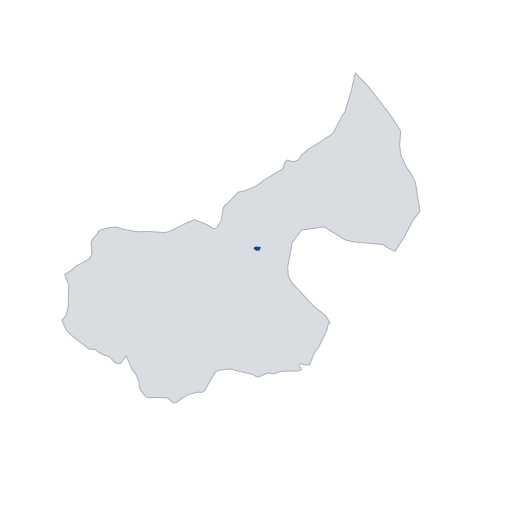 Ikšķile, Ikskiles, Latvia shown in context, rotated 141°
{"feature_id": "27541924B16568384003346", "entity_name": "Ikšķile", "entity_type": "district", "adm_level": 2, "iso_a3": "LVA", "parent_name": "Latvia", "parent_adm1": "Ikskiles", "projection": "mercator", "projection_center": [24.5, 56.833], "detail": "fine", "context": "in_parent", "style": "filled", "palette": "blue", "viewbox_px": 512, "rotation_deg": 141, "n_neighbors": 0, "source": "geoboundaries", "source_scale": "gbopen_adm2", "svg_char_len": 3018}
<svg xmlns="http://www.w3.org/2000/svg" viewBox="0 0 512 512"><g transform="rotate(141 256 256)"><path d="M363.2,374.4L360.4,373.9L352.8,370.9L346.3,366.4L342.4,360.5L335.7,352.4L331.4,348.2L324.5,343.0L312.9,332.3L308.8,329.8L288.3,325.1L280.9,323.0L274.1,310.8L271.9,303.8L268.6,302.5L264.9,304.0L260.9,305.4L251.7,313.7L248.7,314.9L243.0,315.0L229.7,316.8L223.6,313.8L213.0,310.5L207.3,310.0L202.2,310.0L179.7,306.8L175.6,310.3L171.5,311.0L167.4,305.5L162.4,303.9L156.9,305.8L146.9,306.0L134.9,304.3L119.7,302.9L117.5,303.5L100.6,310.8L96.5,311.9L78.2,324.2L63.7,335.6L62.0,317.3L62.9,280.4L65.0,262.0L75.1,251.2L80.1,242.8L83.0,231.6L83.9,221.1L86.0,212.5L100.5,187.5L112.1,184.8L127.7,177.9L145.1,172.1L148.5,179.5L150.2,185.1L171.2,205.5L176.5,212.3L184.7,235.7L204.1,247.5L219.4,243.7L226.1,238.0L238.3,227.5L243.8,219.7L244.9,212.2L242.7,180.1L239.4,166.0L240.6,157.3L242.7,157.7L247.9,153.5L265.0,145.6L268.4,145.2L272.4,143.6L283.1,137.6L286.6,140.8L289.5,144.4L291.1,144.5L291.9,143.1L291.6,140.8L292.4,139.1L295.5,140.1L308.0,149.9L312.8,152.2L316.1,152.9L320.0,157.5L330.6,160.5L332.0,162.9L332.8,165.9L342.7,178.3L347.2,184.5L356.1,190.2L359.9,191.6L375.4,185.8L379.7,183.7L383.3,183.7L386.9,186.8L395.2,190.8L402.8,192.1L404.1,191.9L410.5,192.3L412.7,193.9L414.2,201.7L421.4,207.9L428.1,213.0L429.9,215.4L430.4,219.9L429.9,225.3L429.1,228.0L426.3,231.2L423.9,239.2L423.5,246.8L419.6,259.9L420.5,260.1L428.6,257.7L430.9,259.1L432.7,262.0L433.3,270.2L435.9,273.8L438.7,279.6L439.5,284.0L444.7,289.3L445.1,292.8L448.2,304.9L449.5,311.8L450.0,317.2L448.5,324.0L447.1,328.6L445.5,328.3L440.8,329.5L433.5,335.1L422.6,348.1L419.8,350.9L416.9,360.8L416.3,361.8L409.9,361.3L408.2,361.1L401.8,361.3L388.0,358.7L382.6,360.4L375.5,370.4L372.8,371.8L364.6,373.2L363.2,374.4Z" fill="#d9dde1" stroke="#a8b0b8" stroke-width="1"/><path d="M247.0,259.8L247.3,259.9L247.5,259.9L247.8,259.9L248.0,259.9L248.0,260.0L248.1,260.3L248.3,260.4L248.4,260.5L248.5,260.6L248.6,260.8L248.7,261.0L248.8,261.1L249.0,261.2L249.1,261.3L249.3,261.5L249.6,261.8L249.7,262.0L249.8,262.0L250.0,262.0L250.1,262.3L250.3,262.4L250.3,262.5L250.5,262.6L250.6,262.8L250.6,262.7L250.7,262.8L250.8,262.8L251.0,262.8L251.3,262.9L251.5,262.9L251.7,263.0L251.9,263.0L251.9,262.8L252.0,262.8L252.0,262.7L251.9,262.5L252.0,262.5L252.2,262.4L252.3,262.4L252.3,262.2L252.2,262.2L252.1,261.9L251.9,261.9L251.8,261.6L251.9,261.4L251.9,261.2L251.7,260.9L251.4,260.8L251.4,260.7L251.6,260.6L251.8,260.5L251.9,260.4L251.8,260.2L251.7,260.2L251.4,260.2L251.2,260.2L250.9,260.2L250.6,260.2L250.4,260.2L250.5,260.1L250.7,259.9L250.5,259.7L250.4,259.7L250.3,259.4L250.2,259.4L249.8,259.2L249.8,259.3L249.9,259.5L249.7,259.5L249.4,259.5L249.4,259.4L249.3,259.5L249.5,259.6L249.4,259.6L249.4,259.8L249.5,259.9L249.5,260.0L249.4,260.1L249.3,260.3L249.1,260.2L248.9,260.1L248.7,260.0L248.5,259.9L248.3,259.8L248.2,259.8L248.1,260.0L248.0,259.9L247.9,259.9L247.7,259.9L247.4,259.9L247.2,259.9L247.0,259.8Z" fill="#3b82f6" stroke="#1e3a8a" stroke-width="1.5"/></g></svg>